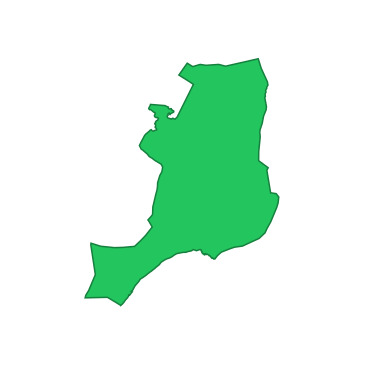 Argungu, Kebbi, Nigeria, rotated 124°
{"feature_id": "59680162B80605638185127", "entity_name": "Argungu", "entity_type": "district", "adm_level": 2, "iso_a3": "NGA", "parent_name": "Nigeria", "parent_adm1": "Kebbi", "projection": "mercator", "projection_center": [4.517, 12.694], "detail": "fine", "context": "isolated", "style": "filled", "palette": "green", "viewbox_px": 384, "rotation_deg": 124, "n_neighbors": 0, "source": "geoboundaries", "source_scale": "gbopen_adm2", "svg_char_len": 5126}
<svg xmlns="http://www.w3.org/2000/svg" viewBox="0 0 384 384"><g transform="rotate(124 192 192)"><path d="M185.0,108.6L180.3,109.4L172.9,110.0L157.5,113.1L152.9,114.5L147.6,117.3L146.3,121.3L148.7,126.4L132.0,142.2L130.1,142.3L129.3,142.4L128.8,154.1L128.7,154.3L121.3,159.2L108.3,166.2L106.0,168.0L105.4,168.7L102.5,170.3L95.5,172.3L93.3,173.3L89.0,175.1L82.5,176.5L79.6,178.0L72.8,184.7L71.9,184.5L70.2,185.9L69.1,186.4L68.1,186.4L67.1,187.1L66.7,187.7L65.8,188.0L64.5,187.9L63.2,188.7L60.9,188.8L58.5,191.1L50.8,203.7L44.5,211.6L68.9,234.5L71.3,241.2L79.1,251.2L81.7,256.6L87.6,261.5L87.9,268.0L102.4,268.3L102.0,256.4L102.0,251.0L138.3,246.2L141.2,246.9L141.3,247.7L141.6,249.1L141.9,249.5L143.0,249.7L143.3,250.8L143.6,251.9L144.0,252.6L144.1,253.5L143.6,254.6L142.6,255.0L141.8,254.7L141.2,255.3L140.8,255.6L139.9,255.4L139.3,255.1L139.5,254.6L140.1,254.1L140.1,253.5L139.3,253.5L138.6,253.3L137.7,252.8L136.7,252.2L135.7,251.9L135.0,252.7L135.3,253.3L135.0,253.9L135.3,254.7L134.5,255.8L134.8,256.3L135.7,256.8L135.9,258.2L135.6,258.7L134.8,259.0L134.9,259.7L135.3,261.1L135.4,262.6L142.6,275.4L143.7,275.0L145.0,274.9L146.2,274.8L147.2,274.4L147.5,273.2L146.8,272.4L146.9,271.1L147.2,268.8L147.0,266.9L147.7,266.5L148.1,266.1L148.7,266.0L149.4,266.1L150.1,265.5L150.5,264.7L150.4,264.1L150.4,263.3L149.7,262.6L149.7,261.6L149.7,261.1L150.4,260.9L151.4,260.7L152.0,260.7L152.5,261.2L153.3,261.4L154.4,261.4L154.6,261.1L155.2,260.8L155.7,260.9L156.0,261.2L156.3,260.9L156.5,260.5L156.6,259.9L157.2,259.4L157.7,259.0L158.3,259.0L159.1,258.6L159.2,257.9L159.2,257.2L159.7,256.5L160.3,256.1L161.5,257.1L163.0,258.0L163.5,258.6L163.5,259.4L163.4,259.7L163.1,260.6L164.0,261.2L165.3,261.4L167.9,262.1L169.4,262.6L170.6,262.8L172.0,262.9L174.4,262.6L179.3,262.1L182.9,261.6L184.9,258.0L184.8,256.3L185.1,254.3L185.5,250.5L186.5,247.4L186.5,245.3L186.3,244.2L186.6,240.5L186.2,233.2L187.8,230.2L192.1,228.3L196.4,227.9L203.5,225.7L207.3,223.4L210.0,222.1L213.9,220.8L220.2,218.4L226.3,216.1L232.4,212.3L233.7,212.1L239.8,212.9L240.4,211.3L243.3,205.4L254.2,206.2L261.1,207.4L269.2,209.2L276.4,218.1L281.5,225.2L288.1,237.5L290.9,247.1L292.3,246.4L314.6,225.9L326.3,223.6L331.3,222.6L337.0,222.3L339.5,221.4L326.6,203.2L326.1,193.3L325.9,188.8L325.8,187.8L325.9,187.7L325.4,187.5L324.5,187.3L324.0,187.1L323.3,187.0L322.2,186.9L321.5,186.8L320.3,186.8L319.5,186.8L318.5,186.8L317.8,186.6L317.0,186.5L316.2,186.4L315.2,186.3L314.1,186.4L313.2,186.6L312.6,186.8L312.5,186.0L309.6,185.9L309.2,185.8L308.2,185.7L308.4,186.8L308.2,186.8L307.8,186.6L307.3,186.5L306.9,186.4L306.3,186.3L305.9,186.3L305.6,186.3L305.2,186.4L304.7,186.5L304.2,186.5L303.7,186.6L303.1,186.6L302.5,186.7L302.0,186.7L301.4,186.7L301.0,186.7L300.6,186.6L300.1,186.6L299.6,186.5L298.7,186.4L297.7,186.3L297.1,186.2L296.4,186.1L295.4,186.1L294.7,186.1L293.7,186.2L293.2,186.2L292.9,186.0L292.5,185.9L291.6,185.5L290.6,185.0L287.2,183.7L286.3,183.4L286.0,183.4L285.5,183.2L284.4,182.9L281.7,182.0L280.3,181.4L278.2,180.8L277.4,180.5L276.7,180.3L276.5,180.2L276.0,180.1L275.4,179.9L274.9,179.8L274.6,179.7L274.0,179.6L273.6,179.5L273.2,179.3L272.7,179.2L272.2,179.0L271.7,178.8L271.2,178.7L270.8,178.6L270.4,178.5L270.0,178.5L269.5,178.4L269.0,178.4L268.4,178.4L268.0,178.4L267.6,178.3L267.4,178.3L267.0,178.1L266.5,177.9L266.0,177.7L265.3,177.4L264.3,177.0L263.6,176.7L263.2,176.4L262.5,176.1L261.8,175.7L260.8,175.0L260.1,174.4L259.0,173.6L257.6,172.8L256.3,172.2L254.5,171.6L253.4,171.1L252.7,170.7L252.0,170.4L251.4,170.1L251.0,169.6L250.6,169.2L249.9,168.5L249.2,167.8L248.2,166.8L247.0,165.6L246.5,164.9L246.1,164.4L245.9,164.0L245.7,163.7L245.5,163.4L245.1,163.1L244.4,162.6L243.8,162.2L243.3,161.7L242.7,161.1L242.2,160.6L241.6,160.0L241.2,159.7L240.8,159.4L240.2,159.2L239.6,159.0L239.0,158.8L238.9,158.1L238.6,157.1L238.2,155.5L235.2,153.2L234.9,152.2L235.1,152.1L235.3,152.0L235.4,151.8L235.6,151.6L235.6,151.4L235.7,151.2L235.7,150.9L235.7,150.7L235.8,150.4L236.1,150.3L236.4,150.2L236.5,150.1L236.7,149.8L236.7,149.7L236.8,149.5L236.9,149.4L236.9,149.2L236.8,148.8L236.9,148.7L236.9,148.3L237.1,148.3L237.1,148.2L237.0,147.9L237.0,147.7L237.1,147.3L237.1,147.2L237.2,146.9L237.2,146.7L236.9,146.7L236.7,146.4L236.5,146.6L236.4,146.7L236.3,146.8L236.2,146.8L235.9,146.7L235.7,146.5L235.6,146.4L235.7,146.2L235.8,146.2L235.7,145.9L235.7,145.7L235.6,145.4L235.7,145.2L235.4,145.1L235.2,145.0L235.1,144.9L235.1,144.6L235.0,144.4L235.0,144.2L235.0,143.8L235.0,143.7L235.0,143.3L235.0,143.2L234.9,143.1L234.9,142.8L235.0,142.7L235.1,142.4L235.2,142.2L235.0,141.9L234.9,141.8L234.9,141.7L235.0,141.4L235.1,141.2L235.1,140.9L235.2,140.6L235.3,140.5L235.3,140.3L235.3,140.2L235.4,139.9L235.4,139.7L235.4,139.4L235.5,139.4L235.6,139.2L235.6,138.9L235.6,138.7L235.8,138.5L235.8,138.4L235.6,138.2L235.4,138.3L235.2,138.3L235.2,138.2L235.2,137.9L235.3,137.9L235.3,137.7L235.3,137.4L235.2,137.3L235.2,137.2L235.3,136.9L235.4,136.7L235.2,136.6L234.9,136.4L234.7,136.2L234.6,135.9L234.7,135.6L230.6,135.3L228.3,134.8L225.4,134.0L218.4,129.2L214.1,126.0L208.6,119.9L198.5,113.8L193.0,110.4L185.0,108.6Z" fill="#22c55e" stroke="#15803d" stroke-width="1.5"/></g></svg>